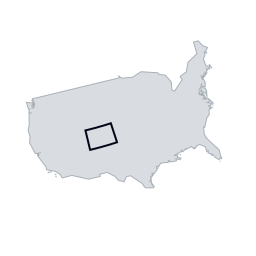 where Colorado sits in United States of America, rotated 344°
{"feature_id": "USA-3522", "entity_name": "Colorado", "entity_type": "State", "adm_level": 1, "iso_a3": "USA", "parent_name": "United States of America", "parent_adm1": "", "projection": "orthographic", "projection_center": [-105.117, 39.0], "detail": "fine", "context": "in_parent", "style": "outline", "palette": "ink", "viewbox_px": 256, "rotation_deg": 344, "n_neighbors": 0, "source": "natural_earth", "source_scale": "10m", "svg_char_len": 5672}
<svg xmlns="http://www.w3.org/2000/svg" viewBox="0 0 256 256"><g transform="rotate(344 128 128)"><path d="M203.8,81.4L214.7,75.6L214.7,63.6L219.5,63.5L222.5,69.6L226.7,72.5L223.2,76.0L223.5,77.2L222.2,76.1L222.2,79.0L219.6,82.2L219.9,89.4L222.9,91.2L224.0,90.3L223.2,89.3L223.8,89.7L224.5,90.9L221.1,93.4L219.8,92.3L220.2,94.4L215.9,96.7L213.4,100.5L213.3,98.9L212.6,98.1L212.9,101.9L214.1,102.1L214.7,105.1L213.6,109.7L210.4,108.3L211.1,105.4L210.0,107.7L211.5,110.0L213.0,111.2L213.7,112.8L212.6,119.9L212.3,115.8L208.8,113.0L209.2,108.6L207.2,110.6L209.8,115.9L207.0,115.0L206.2,115.5L206.4,113.5L206.2,112.9L205.8,114.6L206.2,115.8L210.3,116.8L209.9,118.1L207.7,116.6L207.0,116.5L209.7,118.2L210.7,118.4L210.6,120.0L209.2,119.2L211.5,120.8L211.2,121.2L210.0,120.4L207.7,120.6L211.0,121.8L212.7,121.1L215.9,125.7L213.2,122.3L214.5,124.7L211.1,125.3L214.2,127.0L215.1,125.9L214.3,128.8L211.0,129.0L213.2,129.6L211.9,131.3L214.1,131.5L210.7,133.2L209.8,137.6L206.7,139.8L201.8,148.6L200.8,148.1L199.6,155.2L199.8,156.8L201.8,161.4L209.6,174.3L209.2,182.3L206.7,183.4L203.5,180.1L202.4,176.9L198.1,174.0L199.0,171.9L197.2,172.4L197.1,167.2L191.9,163.3L185.5,166.0L183.9,163.4L177.3,164.5L177.9,163.2L177.0,164.6L174.1,165.7L173.7,163.4L173.4,165.1L164.4,167.2L168.4,167.7L167.4,170.0L170.6,171.5L169.2,172.8L165.6,170.7L165.6,172.8L160.9,172.7L158.1,170.4L156.7,172.0L149.8,170.8L146.1,174.2L147.0,173.3L144.9,172.8L144.1,176.5L140.1,179.3L141.0,178.5L138.3,178.4L139.3,179.5L136.2,181.3L135.2,185.4L133.8,184.9L135.1,185.9L135.5,189.5L137.0,191.6L136.0,192.5L128.1,190.3L126.1,185.0L117.4,174.7L113.3,174.2L109.4,178.6L104.4,175.8L102.1,170.8L95.6,164.9L88.1,164.7L88.0,166.9L76.0,166.3L61.0,158.1L51.0,157.8L50.0,153.9L46.3,149.7L38.1,145.6L38.5,142.9L33.4,129.7L33.8,128.5L35.0,130.3L34.5,127.5L37.5,127.8L31.9,127.1L29.3,115.0L31.5,109.3L31.4,102.3L33.7,98.3L37.1,86.2L39.6,87.1L36.9,85.9L38.5,82.7L37.5,82.5L37.4,75.3L43.2,77.7L41.2,81.1L43.8,79.0L42.9,82.0L41.3,82.4L42.3,82.8L43.8,81.7L44.8,78.7L44.2,73.6L133.7,77.4L133.5,75.6L135.7,78.4L146.3,80.4L156.1,77.5L171.7,83.1L172.9,85.2L178.5,87.5L182.3,95.7L180.7,103.5L182.9,105.4L193.6,96.4L192.2,93.4L193.1,92.5L199.5,90.2L203.8,81.4ZM217.8,97.5L219.6,96.4L213.5,101.1L218.2,96.4L217.8,97.5ZM44.0,76.6L44.4,78.7L44.3,79.0L43.5,77.3L44.0,76.6ZM136.8,191.0L135.6,187.9L135.5,186.0L135.8,188.0L136.8,191.0ZM223.8,76.0L224.2,77.0L223.8,76.9L223.8,76.0ZM158.3,171.3L158.5,172.1L157.7,171.6L158.3,171.3ZM41.0,149.1L42.0,148.9L42.1,149.0L41.0,149.1ZM40.0,148.7L39.5,149.2L39.2,148.6L40.0,148.7ZM222.8,92.9L222.6,93.7L222.4,93.6L222.8,92.9ZM136.0,184.3L135.5,185.8L136.7,182.9L136.0,184.3ZM207.2,170.0L208.7,172.5L207.0,169.7L207.2,170.0ZM45.7,152.4L46.1,153.2L45.6,152.4L45.7,152.4ZM209.7,182.5L209.1,183.7L210.1,181.4L209.7,182.5ZM216.7,127.4L216.2,128.8L216.1,125.9L216.7,127.4ZM43.5,74.9L43.4,75.5L43.1,75.1L43.5,74.9ZM139.4,180.1L138.0,180.9L139.4,179.9L139.4,180.1ZM224.7,92.4L225.0,93.1L224.3,93.1L224.7,92.4ZM45.4,154.5L45.6,155.6L45.3,154.6L45.4,154.5ZM137.6,181.5L137.0,181.9L137.5,181.3L137.6,181.5ZM213.8,114.0L213.4,115.8L213.7,113.4L213.8,114.0ZM145.7,174.9L144.8,175.6L146.1,174.4L145.7,174.9ZM200.0,155.9L200.0,157.1L199.8,156.3L200.0,155.9ZM214.4,131.6L214.2,131.9L214.8,130.8L214.4,131.6ZM187.9,165.2L186.9,166.1L186.4,166.1L187.9,165.2ZM173.6,165.6L173.4,165.8L172.8,165.9L173.6,165.6ZM201.2,177.3L201.5,178.1L201.0,177.2L201.2,177.3ZM170.9,167.8L170.9,168.6L170.6,167.2L170.9,167.8ZM207.6,185.2L207.0,185.5L207.8,185.0L207.6,185.2ZM214.7,105.7L214.6,106.6L214.7,105.4L214.7,105.7ZM215.7,129.2L215.4,129.6L215.7,129.2Z" fill="#d9dde1" stroke="#a8b0b8" stroke-width="1"/><path d="M86.4,118.6L87.0,118.6L87.6,118.6L88.2,118.7L88.8,118.7L89.4,118.7L90.0,118.7L90.6,118.7L91.2,118.8L91.7,118.8L92.3,118.8L92.9,118.8L93.5,118.8L94.1,118.8L94.7,118.8L95.3,118.9L95.9,118.9L96.5,118.9L97.1,118.9L97.7,118.9L98.3,118.9L98.9,118.9L99.4,118.9L100.0,118.9L100.6,118.9L101.2,118.9L101.8,118.9L102.4,118.9L103.0,118.9L103.6,118.9L104.2,118.9L104.8,118.9L105.3,118.9L105.8,118.9L106.3,118.9L106.7,118.9L107.2,118.9L107.6,118.9L108.1,118.8L108.5,118.8L109.0,118.8L109.4,118.8L109.9,118.8L110.3,118.8L110.8,118.8L111.2,118.8L111.7,118.8L112.1,118.7L112.6,118.7L112.8,118.7L112.8,119.0L112.8,119.3L112.8,119.7L112.8,120.0L112.9,120.3L112.9,120.6L112.9,120.9L112.9,121.2L112.9,121.5L112.9,121.8L112.9,122.1L112.9,122.5L112.9,122.8L113.0,123.1L113.0,123.4L113.0,123.7L113.0,124.2L113.0,124.6L113.0,125.1L113.0,125.6L113.1,126.1L113.1,126.5L113.1,127.0L113.1,127.5L113.1,127.9L113.1,128.4L113.2,128.9L113.2,129.3L113.2,129.8L113.2,130.3L113.2,130.7L113.3,131.2L113.3,131.7L113.3,132.1L113.3,132.6L113.3,133.1L113.3,133.5L113.4,134.0L113.4,134.5L113.4,135.0L113.4,135.4L113.4,135.9L113.4,136.4L113.5,136.8L113.5,137.3L113.5,137.8L113.5,138.2L113.5,138.7L113.1,138.7L112.6,138.7L112.2,138.7L111.7,138.8L111.2,138.8L110.7,138.8L110.2,138.8L109.7,138.8L108.9,138.8L108.2,138.8L107.4,138.9L106.7,138.9L105.9,138.9L105.2,138.9L104.4,138.9L103.7,138.9L102.9,138.9L102.1,138.9L101.4,138.9L100.6,138.9L99.9,138.9L99.1,138.9L98.4,138.9L97.6,138.9L96.9,138.9L96.1,138.9L95.4,138.9L94.6,138.8L93.8,138.8L93.1,138.8L92.3,138.8L91.6,138.8L90.8,138.8L90.1,138.7L89.3,138.7L88.6,138.7L87.8,138.7L87.1,138.6L86.3,138.6L85.6,138.6L85.6,137.9L85.6,137.3L85.6,136.7L85.7,136.1L85.7,135.4L85.7,134.8L85.7,134.2L85.8,133.6L85.8,132.9L85.8,132.3L85.8,131.7L85.9,131.1L85.9,130.5L85.9,129.8L86.0,129.2L86.0,128.6L86.0,128.0L86.0,127.3L86.1,126.7L86.1,126.1L86.1,125.5L86.1,124.8L86.2,124.2L86.2,123.6L86.2,123.0L86.3,122.3L86.3,121.7L86.3,121.1L86.3,120.5L86.4,119.8L86.4,119.2L86.4,118.6Z" fill="none" stroke="#020617" stroke-width="2"/></g></svg>